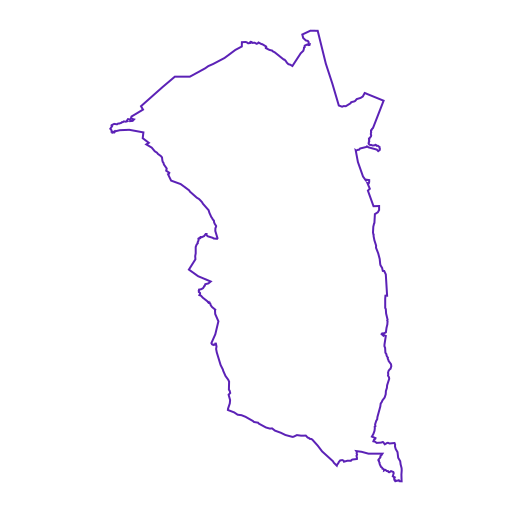 the district of Etnedal nor, Oppland, Norway
{"feature_id": "86288312B39232135925615", "entity_name": "Etnedal nor", "entity_type": "district", "adm_level": 2, "iso_a3": "NOR", "parent_name": "Norway", "parent_adm1": "Oppland", "projection": "albers", "projection_center": [9.665, 60.964], "detail": "fine", "context": "isolated", "style": "outline", "palette": "violet", "viewbox_px": 512, "rotation_deg": 0, "n_neighbors": 0, "source": "geoboundaries", "source_scale": "gbopen_adm2", "svg_char_len": 6037}
<svg xmlns="http://www.w3.org/2000/svg" viewBox="0 0 512 512"><path d="M317.7,30.8L310.4,30.7L302.3,34.5L303.2,38.0L305.9,40.5L307.8,40.9L308.7,42.2L308.5,43.8L309.0,44.4L309.7,44.3L309.5,45.0L308.6,45.1L307.0,44.6L304.8,45.6L304.6,45.9L304.7,47.1L304.0,47.6L303.9,48.8L303.3,50.8L300.7,53.3L292.4,66.0L290.3,64.7L288.4,64.2L286.7,62.5L286.1,61.4L284.5,59.6L283.8,59.6L274.7,52.3L272.7,51.3L272.2,50.6L269.4,49.9L265.8,48.1L265.8,47.4L266.3,47.0L266.1,46.5L262.3,44.2L261.5,44.1L258.5,42.5L257.7,43.4L256.6,43.8L254.6,42.7L252.5,42.9L251.6,42.0L250.6,41.8L250.0,42.4L250.2,43.0L248.1,43.3L246.7,42.3L245.4,42.0L241.9,42.2L241.8,46.5L235.4,49.9L224.5,58.0L213.1,64.0L208.3,66.1L205.2,68.3L189.8,76.7L174.8,76.7L162.4,87.2L141.0,106.2L143.0,109.6L131.5,116.5L131.0,118.1L132.5,119.0L134.0,119.4L132.6,120.9L130.2,121.1L130.4,119.6L128.0,119.1L126.7,121.0L127.1,121.3L125.8,121.7L123.8,121.4L122.9,122.1L121.9,122.2L121.4,122.8L119.3,123.5L118.2,123.5L117.0,124.3L114.2,123.9L111.6,125.2L111.5,125.7L112.0,126.3L110.3,128.8L111.3,129.9L111.6,130.8L111.6,131.8L112.2,131.8L112.4,132.7L113.7,132.4L113.8,131.8L114.2,131.6L114.6,132.1L115.0,131.5L114.7,131.2L115.0,131.0L115.3,131.3L119.8,130.2L129.3,129.8L143.4,132.4L142.7,138.2L148.8,142.8L146.3,144.4L151.7,147.6L154.8,151.3L157.0,152.7L157.9,153.9L160.8,156.0L162.0,157.4L162.4,160.7L162.8,162.0L163.5,162.9L163.9,164.5L166.7,168.5L166.2,170.7L169.3,172.8L169.0,173.7L168.0,174.2L171.1,180.6L180.7,184.1L189.2,190.4L189.9,191.6L196.8,197.7L199.0,199.0L200.6,200.6L202.2,202.4L202.8,203.6L208.6,210.2L209.4,212.8L211.3,217.0L212.3,218.4L212.8,219.5L213.9,220.6L214.1,222.3L214.7,223.8L216.1,225.9L216.1,226.6L215.4,228.2L215.3,231.0L217.5,238.2L217.1,238.8L213.7,238.5L212.7,237.8L208.1,236.4L207.5,236.1L206.4,234.8L206.5,234.0L205.7,234.0L204.1,236.1L202.0,237.1L200.5,237.0L200.2,237.4L200.4,238.0L200.2,238.2L199.2,238.1L198.4,238.6L198.4,239.0L198.7,239.6L198.1,241.5L197.6,242.3L197.8,243.2L196.6,244.6L195.7,247.0L195.7,253.4L195.2,256.1L195.4,259.3L188.9,269.6L198.1,276.2L210.7,281.5L208.4,283.4L205.3,284.2L204.7,285.9L204.0,286.3L203.9,286.9L203.0,288.2L201.2,289.2L199.1,289.6L199.2,290.1L198.7,290.9L198.9,291.4L198.9,292.1L199.9,292.7L200.1,293.3L200.0,294.0L199.4,295.1L201.0,295.7L202.8,297.7L207.4,301.3L208.0,302.2L208.7,302.0L208.9,302.9L209.6,302.8L209.6,303.2L210.4,303.9L210.7,305.2L212.0,307.0L215.3,309.7L215.0,310.4L215.2,314.0L218.4,321.3L215.3,334.3L211.4,343.1L212.0,344.3L213.2,344.9L213.4,344.6L214.7,344.8L215.1,344.6L215.3,343.6L215.9,343.6L216.5,346.5L216.1,349.0L216.8,352.5L220.6,365.0L222.9,369.6L223.2,370.8L225.5,376.0L228.2,379.7L229.1,381.6L228.9,389.7L229.6,390.6L230.2,393.0L228.6,394.7L230.1,400.1L229.8,403.4L228.0,408.8L227.9,410.0L234.2,412.4L237.6,414.7L241.5,415.2L245.5,416.8L252.9,421.0L254.0,422.0L258.1,422.7L258.8,423.6L266.0,427.5L269.9,428.6L272.1,428.4L274.9,430.6L280.9,432.8L285.4,435.0L292.5,436.9L293.6,436.7L296.9,435.1L301.3,435.7L305.8,435.6L307.7,437.6L308.8,437.9L309.7,438.8L311.3,439.0L312.3,439.6L317.7,445.6L322.1,451.4L333.0,461.3L333.8,462.7L336.8,465.7L337.2,464.5L338.2,463.4L338.7,462.2L340.2,460.4L342.3,460.1L343.6,460.7L344.0,461.7L347.5,460.7L350.9,460.8L351.6,459.9L352.6,459.5L356.9,459.0L357.0,458.1L356.5,455.8L357.1,454.7L356.6,453.3L356.9,452.0L356.3,451.1L361.6,451.8L368.6,453.7L382.4,453.7L381.3,455.4L380.5,455.9L380.3,456.4L380.4,457.3L378.4,459.8L378.4,460.4L379.0,460.9L378.9,461.5L379.6,462.8L379.5,463.4L380.0,464.9L380.5,465.6L380.8,466.7L382.1,467.7L382.5,468.3L382.5,468.7L383.5,469.1L384.2,469.8L384.1,470.4L385.1,469.8L385.6,470.0L386.7,471.0L388.0,471.1L388.6,472.1L389.5,472.2L391.0,471.1L393.3,472.0L393.7,473.1L392.8,476.3L394.7,477.3L394.1,478.0L394.4,478.5L394.2,479.2L394.6,479.8L394.6,480.3L395.2,480.6L395.0,480.8L395.3,481.2L395.8,481.0L395.9,480.5L396.7,480.9L398.8,480.2L399.4,481.2L401.6,481.3L401.4,474.6L401.7,470.5L401.6,468.2L400.6,464.3L400.2,461.2L398.2,457.8L397.5,452.1L395.7,449.0L395.0,446.5L395.1,444.5L394.5,443.0L389.5,443.5L388.0,442.8L387.2,442.9L384.8,444.3L383.2,442.2L382.8,442.0L381.0,442.6L376.6,442.9L375.1,441.7L373.4,441.3L373.9,439.9L375.4,438.6L375.5,438.1L371.9,436.6L373.4,433.9L374.5,430.8L374.8,428.4L374.7,426.7L375.4,426.2L375.1,424.4L376.2,420.9L377.2,419.2L377.4,417.1L380.3,406.5L380.7,403.5L381.6,402.3L382.5,400.3L384.6,397.6L385.7,394.3L385.9,391.0L386.9,387.9L387.1,385.3L389.2,378.8L389.0,377.3L388.0,375.6L388.3,374.0L388.0,372.9L388.6,370.8L389.7,369.3L390.5,368.8L391.3,366.2L391.0,364.2L388.6,360.9L388.4,360.0L387.7,358.6L387.9,357.7L386.9,356.3L386.5,355.2L386.4,354.2L385.4,352.7L385.1,347.9L384.4,346.1L384.5,344.4L385.8,335.9L383.8,335.1L383.4,335.7L381.6,334.1L382.2,333.4L384.1,333.3L385.9,332.3L386.5,327.9L387.4,324.1L387.4,322.9L387.6,321.7L387.2,320.5L387.6,319.8L386.1,313.5L385.8,309.1L385.2,307.9L385.2,298.8L385.5,294.8L385.7,295.6L387.1,295.7L385.8,274.4L384.2,271.0L382.8,270.9L382.1,267.9L380.5,265.3L380.2,264.0L379.7,259.0L378.2,253.3L376.0,247.7L376.1,245.6L374.4,240.3L373.6,236.2L373.6,234.6L373.4,234.5L373.0,232.5L373.3,226.7L374.1,223.4L374.4,223.0L374.9,214.1L377.8,212.3L379.1,210.0L379.1,206.0L373.5,206.2L367.9,190.6L369.8,188.8L367.4,183.0L368.7,183.4L368.9,183.1L369.2,181.8L369.2,180.1L366.5,179.7L366.4,180.2L365.8,180.4L363.0,176.5L357.9,162.0L355.7,150.3L356.1,150.6L357.9,149.8L358.9,149.8L360.1,148.5L366.6,146.9L367.0,146.4L368.4,147.3L376.8,149.6L378.2,151.1L379.7,150.0L379.9,148.8L379.5,147.9L379.6,147.1L377.9,145.8L376.6,145.8L376.3,145.2L375.4,144.8L374.7,145.3L372.6,145.5L371.0,144.9L370.2,145.0L369.3,144.6L368.6,143.6L368.9,142.7L368.7,142.2L369.3,141.2L368.9,140.0L369.2,139.5L369.0,138.6L369.5,138.5L369.7,137.9L370.9,136.5L371.2,135.2L370.8,134.2L371.0,132.7L371.2,132.2L371.0,131.5L371.0,130.3L371.6,130.0L372.1,128.8L372.8,128.3L373.4,127.0L383.6,100.7L364.7,93.0L362.8,96.5L360.6,97.9L356.7,99.1L355.2,100.9L354.3,101.4L351.2,102.2L350.5,103.3L345.8,106.2L343.6,106.1L342.1,106.7L338.8,105.5L332.4,83.8L325.8,63.6L317.7,30.8Z" fill="none" stroke="#5b21b6" stroke-width="2"/></svg>